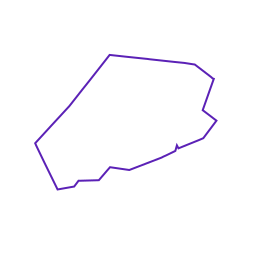 outline of José de Freitas, Piauí, Brazil, rotated 209°
{"feature_id": "56859067B84403529519879", "entity_name": "José de Freitas", "entity_type": "district", "adm_level": 2, "iso_a3": "BRA", "parent_name": "Brazil", "parent_adm1": "Piauí", "projection": "equal_earth", "projection_center": [-42.555, -4.696], "detail": "fine", "context": "isolated", "style": "outline", "palette": "violet", "viewbox_px": 256, "rotation_deg": 209, "n_neighbors": 0, "source": "geoboundaries", "source_scale": "gbopen_adm2", "svg_char_len": 631}
<svg xmlns="http://www.w3.org/2000/svg" viewBox="0 0 256 256"><g transform="rotate(209 128 128)"><path d="M179.5,183.0L180.5,176.6L184.8,149.9L186.6,139.3L189.9,118.8L196.2,93.0L201.8,69.7L200.0,68.3L184.6,57.4L159.8,40.1L146.7,50.7L145.7,57.9L143.9,58.9L128.2,68.2L125.8,79.9L124.7,85.0L106.5,91.9L84.3,118.4L83.2,120.1L81.6,122.2L75.5,130.9L76.8,136.5L74.0,134.7L59.9,152.1L57.2,155.6L54.2,177.3L67.8,179.3L71.3,179.8L74.8,200.6L76.8,212.6L78.2,212.4L79.6,212.8L100.4,215.9L101.9,215.3L110.1,212.3L119.4,208.3L142.2,198.7L144.8,197.7L145.7,197.3L164.5,189.3L179.5,183.0Z" fill="none" stroke="#5b21b6" stroke-width="2"/></g></svg>